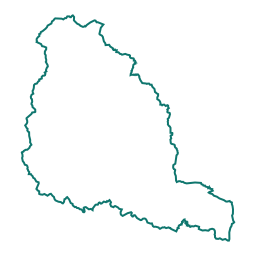 outline of Ban Ta Khun, Surat Thani, Thailand
{"feature_id": "78962969B58743174421215", "entity_name": "Ban Ta Khun", "entity_type": "district", "adm_level": 2, "iso_a3": "THA", "parent_name": "Thailand", "parent_adm1": "Surat Thani", "projection": "albers", "projection_center": [98.73, 9.118], "detail": "fine", "context": "isolated", "style": "outline", "palette": "teal", "viewbox_px": 256, "rotation_deg": 0, "n_neighbors": 0, "source": "geoboundaries", "source_scale": "gbopen_adm2", "svg_char_len": 5771}
<svg xmlns="http://www.w3.org/2000/svg" viewBox="0 0 256 256"><path d="M103.4,24.5L97.7,22.2L96.6,22.3L95.5,20.6L94.4,20.4L90.4,22.4L86.9,24.9L85.6,26.4L85.0,26.0L84.7,26.4L83.0,26.9L80.4,25.8L79.4,24.7L77.2,23.7L74.3,20.8L73.9,20.2L74.1,17.0L72.8,15.4L72.0,15.8L70.9,17.2L70.2,17.2L69.3,16.4L67.3,16.4L66.2,18.1L65.0,18.1L63.3,19.4L61.7,18.7L55.2,18.4L54.0,19.5L53.6,20.3L52.0,21.4L51.4,23.5L47.6,25.6L47.0,27.1L45.6,28.7L42.5,31.2L40.8,32.1L40.4,33.7L39.2,34.1L39.4,36.0L37.8,37.3L36.7,38.9L36.6,40.2L37.0,41.1L36.6,42.0L41.1,44.1L42.1,46.2L43.8,46.5L46.2,47.5L46.2,49.3L44.9,51.4L44.8,53.8L45.7,55.2L45.7,57.9L46.2,59.5L46.2,61.3L45.8,61.9L47.6,65.1L47.8,66.6L47.0,67.4L46.1,69.6L46.0,70.8L46.4,71.4L44.7,72.5L45.4,73.7L45.0,75.2L44.3,75.6L42.8,75.7L41.7,76.9L41.8,78.5L39.2,79.5L39.4,80.7L38.2,81.5L36.8,83.6L35.1,83.9L34.0,85.1L33.8,87.9L33.3,89.7L32.6,90.9L32.7,92.1L33.3,93.7L31.6,94.7L30.8,96.8L31.1,98.5L31.9,99.1L32.2,101.4L32.0,102.5L31.5,103.2L31.5,104.3L32.4,105.5L32.5,107.0L35.2,109.5L35.3,111.8L35.0,112.1L32.2,112.5L31.4,114.0L26.6,118.1L26.5,118.8L27.1,120.2L27.3,122.1L26.8,123.5L25.2,125.4L26.7,128.0L27.6,128.8L27.3,130.5L28.5,132.0L29.1,132.2L29.2,135.9L30.2,140.0L30.1,142.4L31.4,144.8L30.0,146.2L29.5,147.7L27.4,149.7L25.6,149.8L23.7,151.0L23.4,151.7L22.1,152.1L21.8,152.5L22.4,154.4L22.6,156.3L22.1,158.0L22.8,161.2L23.9,162.5L24.8,164.7L26.6,165.2L27.3,166.1L27.7,167.7L27.3,168.8L28.0,169.8L28.1,170.7L29.3,172.0L28.8,174.1L30.9,174.1L31.4,175.1L32.5,176.0L33.3,177.9L34.6,178.5L36.3,181.5L38.6,182.3L38.7,183.5L36.4,188.9L37.2,189.5L37.4,190.3L39.2,191.3L39.2,193.9L40.3,194.4L42.5,194.7L44.4,194.0L47.5,195.7L49.7,194.1L50.9,193.8L52.7,196.0L53.9,196.9L54.6,199.2L55.5,200.4L58.4,201.7L60.9,202.1L62.4,203.3L63.0,203.3L64.0,201.9L64.5,199.2L65.5,198.9L66.5,197.5L67.2,197.1L69.2,199.5L70.7,203.0L72.6,203.9L72.7,205.1L73.1,205.7L74.9,207.1L75.9,206.9L77.0,208.0L78.6,208.1L79.7,209.2L80.9,209.3L82.2,210.1L83.1,212.0L83.6,212.2L84.1,212.2L84.6,211.6L84.4,210.0L83.6,208.1L84.2,207.4L85.8,207.1L88.9,209.3L90.9,208.9L92.6,210.1L92.8,208.4L95.3,205.0L96.0,204.6L97.8,204.7L98.8,202.8L99.7,202.5L100.8,203.6L101.6,203.5L103.8,201.6L106.0,202.2L107.0,201.1L107.7,201.6L109.5,200.1L111.0,202.3L110.2,204.1L111.1,206.3L113.5,207.2L114.5,206.2L115.4,206.1L118.0,207.5L119.3,208.9L121.8,209.4L120.6,212.1L120.7,213.9L121.3,215.0L122.4,215.7L122.7,215.9L127.6,213.2L131.1,212.2L131.8,212.9L131.2,215.1L132.4,216.5L132.9,216.5L134.1,215.2L135.0,215.3L137.1,218.1L140.5,220.1L141.5,220.0L142.9,218.7L144.5,218.5L145.5,218.8L146.6,220.3L147.4,222.5L150.6,223.6L151.9,223.4L152.9,226.1L153.9,226.8L155.7,226.7L158.6,227.5L159.6,228.7L160.0,228.8L162.5,227.4L163.8,227.5L164.5,227.2L166.1,228.1L168.7,227.4L169.6,228.1L170.4,228.0L171.0,228.9L176.3,231.4L177.6,228.4L178.3,228.2L177.8,227.7L178.7,227.0L178.8,225.7L179.5,225.1L180.6,224.9L180.9,224.4L181.5,224.5L181.5,223.9L181.9,223.8L182.1,223.1L182.0,222.0L182.6,221.9L182.3,221.5L183.8,219.8L184.2,220.0L184.2,219.4L184.3,219.8L184.6,219.6L184.8,220.8L185.5,221.0L185.5,222.0L185.9,222.0L185.8,222.4L186.1,222.3L185.9,222.7L186.3,222.6L186.0,223.1L186.2,224.0L186.7,224.7L187.1,224.3L187.0,225.1L187.7,224.8L187.8,225.4L188.2,225.1L188.5,225.5L189.4,225.6L189.3,226.2L190.2,226.9L191.8,226.2L193.8,226.4L195.4,225.7L199.1,226.8L198.8,229.0L202.5,230.5L205.3,230.2L208.3,230.7L209.0,230.3L209.5,229.5L211.5,228.9L212.3,228.8L213.8,229.3L214.7,230.5L214.9,231.6L215.0,233.2L214.6,234.6L215.0,235.3L215.0,237.2L216.1,238.7L218.3,238.9L219.9,238.3L222.5,239.8L225.3,239.0L227.8,240.6L228.9,240.6L229.4,239.1L229.3,232.3L230.4,227.8L231.5,226.0L231.9,223.9L233.4,223.1L234.2,222.2L233.2,220.7L232.1,215.6L232.9,213.8L233.0,209.4L232.5,205.9L231.8,204.0L231.9,202.5L230.1,201.7L229.7,201.0L227.0,201.6L226.0,201.5L223.9,200.1L219.4,198.4L216.9,196.7L213.9,195.7L212.3,194.0L210.0,193.4L208.7,192.6L209.2,192.1L212.7,190.7L212.2,190.0L212.3,189.1L210.2,188.8L209.9,187.8L208.9,187.9L208.9,187.3L208.1,188.1L207.6,187.1L205.4,186.5L205.0,185.6L203.4,185.6L202.8,184.6L201.5,184.3L201.0,182.9L195.0,182.5L186.7,183.4L184.3,182.8L183.0,181.8L181.8,182.0L180.1,181.2L178.8,181.2L176.8,182.0L176.6,181.3L176.1,180.8L175.8,175.9L174.9,173.8L174.7,172.4L175.2,170.0L174.7,169.4L173.9,169.1L173.2,167.8L173.2,166.0L173.4,165.0L175.3,163.7L176.5,155.3L177.5,154.2L177.9,152.9L177.5,152.1L177.4,150.6L176.7,149.5L176.7,148.6L175.2,147.4L174.8,146.5L174.8,145.2L174.0,144.5L171.4,143.8L170.8,143.0L170.4,139.5L171.2,138.5L170.6,135.9L171.0,135.4L172.2,134.9L172.4,133.4L172.3,133.0L170.5,132.8L170.5,127.8L169.8,126.5L169.0,126.0L167.9,124.5L168.0,122.9L167.7,121.6L168.1,120.6L167.7,119.0L169.0,117.7L170.0,114.1L169.6,112.9L167.9,112.5L167.3,111.9L167.7,110.2L167.3,109.5L168.8,108.1L168.2,107.3L168.1,105.6L167.3,105.2L165.8,106.0L164.1,104.6L162.7,104.8L162.1,105.3L161.5,104.7L160.3,104.6L160.5,103.2L160.0,101.5L159.1,100.3L157.3,99.2L157.3,97.3L158.1,95.8L158.1,94.1L156.4,93.2L156.0,92.6L155.0,92.0L154.5,89.0L152.3,86.7L151.6,84.7L150.1,84.8L149.1,83.6L147.7,83.6L146.8,83.9L146.1,83.5L142.3,83.1L140.4,80.2L139.3,77.5L139.3,76.3L138.1,74.5L137.2,74.4L136.7,74.9L135.9,74.4L135.0,75.1L134.0,74.5L133.5,74.9L131.7,74.7L130.6,75.1L130.8,73.6L131.7,71.9L131.4,71.0L132.0,70.6L132.2,69.2L133.2,67.4L133.0,67.0L133.4,64.8L134.7,63.7L135.1,63.7L134.9,63.0L135.6,62.8L135.2,62.5L135.5,61.7L135.0,60.7L133.8,60.6L133.9,59.1L133.5,58.4L131.1,58.1L130.5,57.8L129.9,56.9L130.0,55.6L129.5,55.1L127.2,54.7L125.3,53.9L122.0,54.7L121.0,54.0L120.0,53.9L118.5,52.3L116.3,52.1L116.7,50.3L116.0,50.4L115.1,49.6L114.8,50.1L113.5,50.0L112.9,49.2L113.0,48.4L110.2,46.5L109.2,44.8L105.6,45.1L105.3,43.3L103.9,41.4L102.8,36.9L102.0,35.7L99.8,34.5L99.4,33.9L100.8,27.8L103.4,24.5Z" fill="none" stroke="#0f766e" stroke-width="2"/></svg>